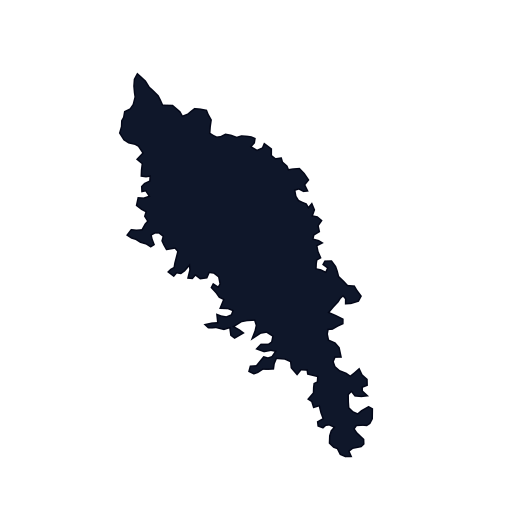 the district of Virmond, Paraná, Brazil, rotated 322°
{"feature_id": "56859067B61637910549473", "entity_name": "Virmond", "entity_type": "district", "adm_level": 2, "iso_a3": "BRA", "parent_name": "Brazil", "parent_adm1": "Paraná", "projection": "albers", "projection_center": [-52.245, -25.42], "detail": "fine", "context": "isolated", "style": "filled", "palette": "ink", "viewbox_px": 512, "rotation_deg": 322, "n_neighbors": 0, "source": "geoboundaries", "source_scale": "gbopen_adm2", "svg_char_len": 3831}
<svg xmlns="http://www.w3.org/2000/svg" viewBox="0 0 512 512"><g transform="rotate(322 256 256)"><path d="M309.9,335.7L309.4,329.9L308.4,323.0L310.6,318.0L312.2,313.3L312.4,306.4L307.1,302.5L303.6,304.0L305.2,309.6L300.9,311.8L298.4,306.7L295.3,303.1L298.8,299.0L301.5,296.5L305.8,297.2L307.5,290.7L310.2,285.3L316.3,286.5L314.8,282.5L311.2,277.7L314.5,275.0L320.9,275.8L323.6,270.3L329.5,268.5L328.3,262.9L325.0,259.0L330.4,255.6L332.2,249.1L327.0,250.2L327.6,245.9L325.5,242.3L323.6,238.4L324.1,233.5L327.0,228.0L331.1,229.5L333.2,234.3L336.7,236.5L338.1,229.8L344.2,228.4L344.7,220.8L344.0,213.8L338.3,210.0L334.6,208.0L335.7,204.2L334.6,198.3L336.2,194.3L331.1,191.4L329.9,186.3L334.0,181.1L331.7,172.6L327.6,174.9L321.8,173.4L319.2,166.7L324.3,165.8L327.5,162.8L325.5,159.2L322.8,156.4L318.5,152.5L313.8,150.7L310.6,145.5L306.9,141.3L301.7,140.3L298.2,138.2L296.5,134.8L295.1,130.8L299.4,126.0L304.4,121.2L305.4,114.8L306.6,110.7L302.3,105.8L298.3,102.1L293.8,102.1L289.7,102.3L284.0,100.6L284.8,95.5L282.9,86.0L275.2,79.7L276.6,74.1L277.5,69.5L276.5,61.7L275.7,57.3L276.5,50.0L274.7,39.4L269.0,41.9L264.4,47.0L260.9,52.4L258.7,56.3L252.5,61.1L247.4,62.7L241.4,61.4L237.1,65.3L233.5,66.8L229.7,71.3L224.3,75.2L223.5,83.2L225.4,88.5L229.5,93.5L231.0,97.1L230.4,105.3L221.8,106.6L223.3,113.2L218.7,117.8L214.8,122.4L218.1,125.8L221.8,127.9L218.5,131.6L212.8,130.3L208.7,130.9L205.8,135.0L209.3,136.7L208.8,143.3L203.1,141.3L199.0,137.6L193.0,142.6L194.6,148.8L196.7,153.5L192.8,156.2L192.2,162.0L188.5,162.6L182.3,165.2L177.6,162.1L173.9,158.5L167.3,160.2L169.0,165.2L171.6,168.9L173.4,174.0L177.0,179.0L178.7,183.9L182.7,184.3L184.4,178.8L186.2,174.9L190.6,175.6L193.8,178.1L195.1,183.4L191.3,186.2L190.3,190.4L189.5,195.8L197.1,199.9L197.3,204.3L187.8,211.6L184.4,214.7L180.6,214.1L177.0,214.5L178.8,221.2L183.1,220.3L186.0,223.5L190.5,223.7L198.0,222.2L195.4,226.3L188.8,231.5L192.0,234.5L196.6,233.6L198.1,239.6L203.8,242.9L209.0,240.1L212.3,243.5L213.8,249.5L210.5,256.0L207.0,257.3L205.1,251.7L201.4,253.4L202.0,260.5L201.7,265.9L203.9,270.4L195.6,275.1L201.6,280.2L204.3,284.9L200.4,287.3L195.1,285.8L191.5,281.8L189.2,278.0L184.8,285.1L180.0,281.8L173.6,278.7L174.3,283.2L177.1,285.5L180.5,287.7L185.5,294.1L191.3,296.3L187.4,303.0L188.6,307.5L198.7,308.9L197.4,304.2L194.8,297.8L204.1,298.7L209.0,301.2L215.5,305.7L213.6,310.9L209.2,314.5L202.0,318.8L212.1,319.6L217.5,322.5L220.0,329.6L215.4,333.5L211.5,333.3L205.5,328.7L199.3,329.6L203.5,336.3L209.7,339.5L212.9,343.2L206.7,345.2L202.6,343.8L200.0,340.2L188.7,342.8L183.7,339.4L179.4,342.6L181.8,347.5L185.7,348.8L191.7,349.3L195.9,352.7L200.2,355.7L204.0,352.0L209.0,349.2L215.2,354.8L218.3,360.6L215.0,365.8L215.4,374.7L221.4,373.3L226.1,377.4L224.1,380.9L230.5,389.0L226.8,393.1L223.3,392.3L220.5,395.1L217.0,399.3L209.0,400.9L210.4,405.0L208.2,410.8L213.7,412.9L210.7,419.6L208.8,425.6L202.5,424.6L200.3,428.2L203.0,432.6L206.7,432.3L209.8,434.2L212.4,439.2L207.7,440.1L203.4,443.1L198.7,448.7L199.5,454.5L201.6,457.9L200.3,464.2L203.0,469.1L207.6,472.6L209.0,467.0L213.8,467.0L221.5,470.9L225.2,470.5L227.9,466.8L226.5,457.3L226.8,452.6L230.8,451.4L236.1,455.1L238.9,457.7L242.6,458.0L247.4,455.8L253.6,448.1L251.9,444.1L243.9,442.9L238.9,443.1L236.4,438.5L235.6,432.7L238.9,427.8L243.3,422.0L247.9,421.3L247.9,427.2L252.5,431.5L257.7,434.7L256.6,427.8L258.9,424.8L264.0,426.3L267.5,421.6L266.3,414.9L267.8,408.4L261.6,408.8L256.2,408.8L254.8,404.0L251.1,397.7L250.0,391.8L251.7,386.7L256.0,384.3L260.8,388.0L263.2,383.1L265.0,379.4L264.7,373.2L261.3,366.9L264.1,361.3L267.6,358.2L271.1,360.6L277.4,361.5L282.8,362.8L285.6,359.3L282.1,352.0L278.4,345.2L285.5,343.7L292.5,342.6L296.3,341.2L300.1,340.9L300.3,344.9L297.2,348.8L301.6,351.8L308.9,354.6L314.1,352.3L314.3,344.7L314.9,340.2L309.9,335.7Z" fill="#0f172a" stroke="#020617" stroke-width="1.5"/></g></svg>